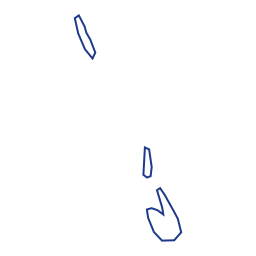 SVG path tracing the border of Ragged Island
{"feature_id": "BHS-5034", "entity_name": "Ragged Island", "entity_type": "District", "adm_level": 1, "iso_a3": "BHS", "parent_name": "The Bahamas", "parent_adm1": "", "projection": "albers", "projection_center": [-75.761, 22.282], "detail": "fine", "context": "isolated", "style": "outline", "palette": "blue", "viewbox_px": 256, "rotation_deg": 0, "n_neighbors": 0, "source": "natural_earth", "source_scale": "10m", "svg_char_len": 505}
<svg xmlns="http://www.w3.org/2000/svg" viewBox="0 0 256 256"><path d="M174.0,211.6L177.8,218.7L181.2,232.3L174.2,240.3L162.0,240.6L153.9,232.0L148.1,217.8L146.9,209.5L151.6,208.2L157.3,210.1L163.3,214.5L162.3,208.0L157.0,190.2L160.1,188.1L164.8,195.1L174.0,211.6ZM86.5,33.1L90.2,39.4L95.3,52.6L92.5,58.5L85.0,49.3L78.2,33.4L74.8,18.2L78.8,15.4L84.6,26.5L86.5,33.1ZM150.6,176.2L147.0,177.5L143.4,174.8L144.9,147.5L149.1,149.4L151.7,167.1L150.6,176.2Z" fill="none" stroke="#1e3a8a" stroke-width="2"/></svg>